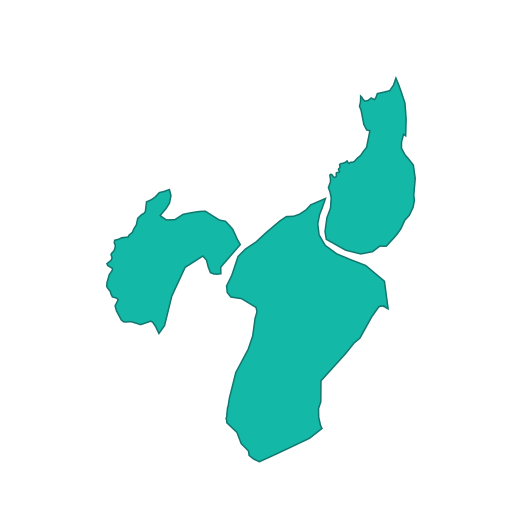 Warri South-West, Delta, Nigeria, rotated 281°
{"feature_id": "59680162B46174350236230", "entity_name": "Warri South-West", "entity_type": "district", "adm_level": 2, "iso_a3": "NGA", "parent_name": "Nigeria", "parent_adm1": "Delta", "projection": "albers", "projection_center": [5.499, 5.604], "detail": "fine", "context": "isolated", "style": "filled", "palette": "teal", "viewbox_px": 512, "rotation_deg": 281, "n_neighbors": 0, "source": "geoboundaries", "source_scale": "gbopen_adm2", "svg_char_len": 3288}
<svg xmlns="http://www.w3.org/2000/svg" viewBox="0 0 512 512"><g transform="rotate(281 256 256)"><path d="M229.3,395.8L255.7,386.9L267.6,365.5L270.4,349.9L273.5,334.9L279.6,321.9L288.8,313.9L299.3,310.5L308.8,310.5L315.7,311.8L325.7,313.2L316.6,299.9L310.9,296.4L305.3,290.7L302.2,285.4L300.5,278.3L295.2,273.0L288.7,267.7L283.7,263.8L283.2,263.3L280.1,260.9L269.8,253.4L260.9,244.4L252.2,238.5L232.3,235.9L220.9,232.8L214.6,234.8L210.9,239.2L211.4,249.9L207.4,260.8L207.0,261.8L205.5,265.9L201.4,267.6L194.6,267.0L176.8,268.0L162.8,266.1L159.3,265.0L137.7,258.4L111.5,257.0L103.1,257.3L102.1,257.0L98.3,257.3L94.7,257.6L94.2,257.9L92.5,257.9L91.0,257.6L88.5,258.8L86.8,259.1L81.4,267.5L79.3,270.9L69.0,277.3L63.2,285.8L58.9,287.3L56.3,292.2L54.7,298.6L67.1,315.9L87.3,343.3L99.3,353.7L100.3,352.8L102.6,351.4L109.7,348.3L118.1,346.5L125.3,347.4L145.9,343.6L177.5,362.7L189.2,368.8L195.3,373.7L218.4,381.2L229.5,386.2L229.8,386.5L230.0,387.2L230.4,387.4L230.5,388.4L230.9,388.8L230.9,389.3L231.2,389.5L231.2,389.8L231.1,391.1L230.9,391.1L231.1,391.6L230.9,391.6L230.9,392.0L230.4,392.5L229.3,395.8ZM402.5,380.0L419.3,377.2L434.3,373.1L444.4,367.5L451.6,363.2L457.3,359.4L450.0,358.4L443.8,355.7L441.0,349.7L438.6,344.1L434.6,343.5L432.1,342.5L433.1,338.9L430.1,336.4L428.8,333.4L430.2,331.1L431.7,329.9L432.9,328.2L431.3,328.5L428.3,329.0L426.6,329.2L422.8,329.0L419.0,331.4L406.3,336.5L405.9,336.6L400.9,340.5L400.6,343.9L383.7,343.8L379.3,341.5L374.6,339.5L371.7,337.0L367.6,334.5L366.4,332.9L366.3,331.6L365.8,330.5L364.8,330.1L364.7,329.4L365.5,328.1L366.6,327.6L366.7,327.2L364.9,325.7L363.6,323.6L362.9,321.7L361.8,320.6L360.3,321.0L359.6,321.6L358.7,321.4L357.0,320.4L356.2,320.6L354.8,321.9L353.9,321.4L353.4,319.6L352.9,319.0L352.3,319.0L349.9,319.6L348.8,319.3L348.1,317.9L348.6,316.8L350.3,315.1L350.5,313.8L349.9,313.2L349.0,313.1L345.6,314.5L342.7,314.9L337.0,314.0L333.0,316.4L327.5,318.7L317.3,320.0L307.0,318.3L293.2,319.1L285.8,321.8L278.8,342.9L278.0,358.5L282.5,369.6L289.3,375.6L290.5,382.0L298.8,387.1L304.0,390.2L310.3,393.0L319.6,395.3L325.2,398.7L328.6,399.6L333.8,400.9L341.0,400.9L345.7,399.3L362.5,397.5L375.3,393.1L380.9,386.6L383.8,382.9L389.6,378.2L395.8,377.1L397.4,377.2L398.9,377.3L403.6,377.6L402.5,380.0ZM231.9,224.9L238.3,223.5L264.2,238.4L269.0,234.3L277.8,228.1L281.5,223.3L284.3,219.3L284.3,213.2L287.5,204.9L290.3,197.7L289.2,193.0L287.8,188.7L286.0,183.8L283.0,176.5L276.1,169.3L274.3,161.0L277.4,154.2L285.7,158.8L291.5,161.0L299.1,161.0L304.7,158.3L301.6,153.0L299.8,149.0L294.3,145.5L291.0,142.2L288.3,138.2L278.7,138.9L276.7,138.1L274.9,135.9L270.4,132.7L263.7,132.6L259.6,131.0L255.6,130.1L252.3,127.4L250.2,126.8L248.3,120.6L246.3,118.1L244.5,114.3L242.0,114.3L239.6,115.9L236.9,116.0L234.3,115.7L230.8,113.6L229.5,113.5L227.0,115.0L225.4,114.9L224.0,114.5L220.0,111.1L218.3,112.3L216.4,117.4L214.7,117.7L209.7,115.5L201.1,114.8L197.6,115.3L195.8,116.9L193.4,119.7L190.7,121.1L188.4,122.9L188.1,127.1L186.9,129.1L180.2,127.2L175.5,129.5L167.5,136.0L166.1,138.7L166.3,140.4L167.7,145.8L167.1,151.8L166.6,155.8L172.0,165.3L171.0,167.6L167.5,171.0L161.4,175.5L170.2,179.5L200.7,181.0L231.3,188.6L245.8,203.8L242.5,208.2L236.3,211.1L231.0,214.4L230.3,217.9L230.7,221.2L231.9,224.9Z" fill="#14b8a6" stroke="#0f766e" stroke-width="1.5"/></g></svg>